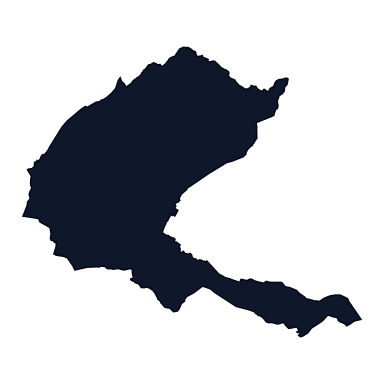 outline of Buntesti, Bihor, Romania
{"feature_id": "2599482B87809505913466", "entity_name": "Buntesti", "entity_type": "district", "adm_level": 2, "iso_a3": "ROU", "parent_name": "Romania", "parent_adm1": "Bihor", "projection": "mercator", "projection_center": [22.534, 46.609], "detail": "fine", "context": "isolated", "style": "filled", "palette": "ink", "viewbox_px": 384, "rotation_deg": 0, "n_neighbors": 0, "source": "geoboundaries", "source_scale": "gbopen_adm2", "svg_char_len": 5888}
<svg xmlns="http://www.w3.org/2000/svg" viewBox="0 0 384 384"><path d="M146.4,287.0L150.3,288.3L150.5,288.8L151.0,288.4L151.6,288.9L151.9,289.7L153.0,290.0L153.2,290.9L154.0,291.4L154.3,292.3L155.2,292.8L155.0,293.2L155.9,294.3L156.4,295.4L156.2,295.7L157.1,296.6L157.1,297.2L157.8,297.8L157.6,298.8L160.4,301.2L161.0,302.9L163.7,305.7L163.8,306.2L164.7,307.0L165.9,307.5L167.3,307.5L167.7,308.0L168.7,307.8L170.6,308.7L173.4,311.7L177.5,311.0L179.0,308.9L180.2,306.5L180.9,304.4L181.8,303.2L184.6,301.1L184.4,299.6L186.8,296.4L193.2,293.1L202.6,286.1L210.4,288.8L215.1,292.7L236.2,306.4L248.1,309.5L253.6,311.4L255.0,312.3L255.6,313.4L257.4,314.4L258.3,315.4L260.2,315.7L263.1,317.9L266.4,321.9L268.8,322.7L270.3,322.4L272.7,322.7L276.9,323.9L278.6,323.9L282.3,322.7L283.8,322.7L284.8,323.9L285.2,324.8L288.7,328.4L292.3,327.9L294.3,327.1L297.0,327.2L299.1,330.5L296.9,332.0L297.6,332.6L300.1,332.0L300.2,333.4L298.6,335.4L300.5,336.7L302.4,336.2L307.7,333.0L311.4,328.1L321.5,321.6L324.2,319.1L324.7,318.2L326.0,317.1L326.5,316.2L327.8,315.3L328.9,315.2L330.3,315.9L330.9,315.7L333.1,316.9L334.3,316.8L337.3,317.9L338.0,318.5L338.0,319.7L338.3,320.3L339.9,321.7L344.4,323.5L346.8,325.8L350.5,323.7L354.2,321.0L361.0,319.4L348.5,301.2L347.8,299.0L346.1,297.9L340.2,295.1L334.9,295.1L329.8,296.0L323.8,298.5L320.0,301.1L317.6,301.5L316.6,300.8L314.7,301.2L312.9,300.4L305.9,298.7L304.5,297.0L299.0,293.2L296.7,290.5L289.4,287.5L285.2,286.9L281.9,282.7L281.3,282.4L270.3,282.4L266.2,281.4L263.3,283.5L262.0,282.7L259.0,282.3L255.1,281.0L254.4,281.1L252.4,279.5L250.0,279.1L246.9,280.6L241.2,279.3L240.4,280.3L240.5,281.1L240.2,282.2L239.2,282.2L231.5,279.6L230.2,278.9L226.0,277.9L224.0,277.1L223.0,276.3L218.8,274.1L206.8,261.0L205.9,261.7L202.7,261.1L201.7,260.4L199.5,259.8L198.7,260.7L198.1,260.7L196.8,260.2L195.9,259.0L194.0,258.8L193.0,258.2L191.9,256.8L191.6,255.0L190.5,253.7L190.0,253.4L188.1,254.5L187.0,253.7L185.2,253.9L183.4,251.4L183.1,251.3L182.2,252.0L181.6,253.1L181.3,253.2L181.1,252.7L179.7,251.8L180.2,249.0L179.6,248.7L179.8,248.0L179.2,246.6L180.1,244.9L176.2,242.0L175.3,242.2L174.7,241.8L174.4,241.0L175.0,239.2L173.7,238.7L173.7,238.0L172.5,238.0L169.8,236.7L168.9,236.6L168.6,236.2L168.7,235.7L168.2,235.4L166.1,235.4L164.8,234.3L163.1,233.5L162.3,232.1L164.3,226.5L165.8,223.8L165.8,222.3L167.9,220.5L168.1,219.4L171.0,214.6L172.2,215.4L172.8,214.4L174.8,216.0L177.5,211.1L177.8,210.3L174.6,208.4L175.2,206.9L175.8,206.1L174.7,204.7L175.7,203.2L177.8,201.9L178.1,202.1L178.5,201.3L179.8,200.6L179.1,198.3L181.5,194.0L186.5,189.7L187.3,188.1L188.5,187.0L189.3,186.8L208.1,173.9L226.6,162.6L232.1,161.1L243.1,156.8L245.8,154.3L246.2,151.9L247.7,149.4L250.2,146.8L252.4,145.3L252.7,144.1L253.6,143.2L256.0,139.3L256.8,138.4L256.6,129.4L256.8,127.4L256.1,122.7L273.7,115.5L275.5,109.5L276.2,108.9L277.1,108.8L277.6,107.7L278.0,105.7L277.7,103.8L277.2,102.7L277.5,101.5L277.3,100.4L278.4,98.0L278.7,96.5L279.3,95.6L282.5,93.4L283.9,91.6L284.4,90.2L284.3,88.6L284.6,87.4L285.6,85.8L286.9,84.7L288.1,79.0L287.1,78.3L285.6,78.2L282.9,79.2L281.6,79.2L280.8,79.6L279.1,79.5L276.5,80.9L275.2,82.5L274.6,84.0L274.0,85.9L274.2,86.7L272.6,87.0L269.9,88.8L268.8,91.1L268.4,91.5L267.2,91.4L264.2,89.3L263.5,89.6L263.4,90.5L262.6,91.4L261.5,90.9L260.5,91.0L257.1,88.5L256.6,88.0L256.6,87.4L255.8,86.4L253.7,86.3L251.1,85.5L250.9,86.9L248.1,88.9L244.8,89.1L241.7,86.7L239.4,85.7L235.9,82.0L234.7,80.0L229.8,77.9L228.2,75.3L228.2,74.8L228.8,73.9L228.9,73.0L228.8,72.2L228.3,71.6L225.5,69.7L224.6,69.8L222.7,68.4L221.2,67.8L218.8,65.1L214.9,61.5L213.5,61.0L209.8,61.9L208.2,61.6L207.2,60.9L208.2,59.9L208.2,59.5L202.5,57.1L202.5,56.0L202.2,55.5L200.6,56.2L197.3,56.5L196.5,55.7L195.8,53.7L195.8,52.8L195.1,51.7L192.2,50.6L191.8,49.7L188.0,47.4L187.1,47.7L183.4,47.3L179.7,49.0L174.7,56.4L173.1,56.7L169.8,58.3L168.8,59.5L168.2,60.8L167.1,61.7L166.6,62.9L162.6,66.5L160.2,65.5L160.2,64.6L156.9,64.8L156.5,64.5L156.4,63.9L153.6,62.8L150.5,64.6L148.8,64.8L144.9,69.7L143.9,70.1L143.0,71.2L143.1,71.9L141.9,72.8L140.9,74.9L138.8,76.9L138.0,77.2L137.9,77.8L137.0,77.8L136.3,78.6L134.3,79.7L134.3,80.3L132.6,81.3L132.4,82.1L131.3,83.4L127.6,86.1L127.5,87.0L126.3,87.0L123.5,83.1L121.6,81.6L120.2,77.7L118.3,80.4L115.7,88.5L111.3,93.6L106.6,97.6L103.3,99.7L101.6,100.0L100.2,101.3L98.6,101.9L96.1,102.2L87.4,107.3L85.3,106.5L80.6,109.7L67.4,120.9L61.9,127.3L49.4,147.5L48.3,149.8L45.1,154.1L43.8,154.7L42.8,154.6L41.4,156.0L40.1,159.6L39.7,159.5L38.9,161.0L37.1,160.4L36.5,162.1L35.7,162.0L35.6,162.4L34.6,162.4L34.3,166.6L31.8,168.7L30.4,168.8L30.3,169.2L28.6,169.0L27.5,169.8L31.5,176.3L30.9,178.6L30.6,183.5L30.7,185.6L31.7,186.9L31.7,187.4L31.1,189.8L29.8,192.0L29.3,193.9L29.4,195.4L30.1,197.6L30.0,199.0L27.5,202.1L27.5,203.6L27.0,206.1L23.0,216.1L38.5,218.5L40.1,222.0L50.0,227.5L51.1,233.5L50.4,238.8L51.4,239.4L51.7,240.0L51.5,240.3L54.0,240.7L53.9,241.4L54.4,242.2L56.2,242.4L56.1,243.5L56.5,243.4L56.1,246.7L54.0,253.5L54.0,253.8L54.2,253.7L54.2,254.1L55.6,254.6L55.8,254.1L56.3,254.6L56.1,255.2L56.5,255.3L56.7,255.0L57.0,255.3L57.5,255.1L57.4,254.7L57.8,254.7L57.9,254.3L58.3,254.3L58.8,255.7L59.8,255.8L60.1,255.5L60.4,255.8L61.1,255.3L61.3,255.4L61.1,255.8L61.9,256.0L62.0,255.6L62.2,255.9L62.8,256.3L63.9,256.2L64.2,256.5L65.2,256.6L65.8,257.4L66.9,257.2L72.9,265.8L74.9,270.0L87.1,267.2L96.1,266.8L96.5,266.5L97.9,267.0L99.4,266.9L100.8,266.1L104.6,266.4L105.8,267.1L106.8,268.4L109.1,268.8L111.1,268.6L112.9,269.2L118.3,268.5L122.4,269.7L124.4,269.9L129.9,268.6L132.3,269.1L132.4,273.1L132.8,275.3L133.6,277.4L132.4,278.4L132.3,278.9L131.1,278.7L130.7,279.5L131.0,279.9L131.6,279.8L131.7,280.3L133.0,280.8L133.0,281.1L133.9,280.9L134.7,281.5L134.5,281.8L134.9,282.6L136.2,282.8L136.8,283.4L137.9,283.5L138.6,284.0L139.0,283.8L139.7,285.2L140.0,285.2L140.0,285.7L141.0,286.7L141.1,287.5L144.5,287.7L146.4,287.0Z" fill="#0f172a" stroke="#020617" stroke-width="1.5"/></svg>